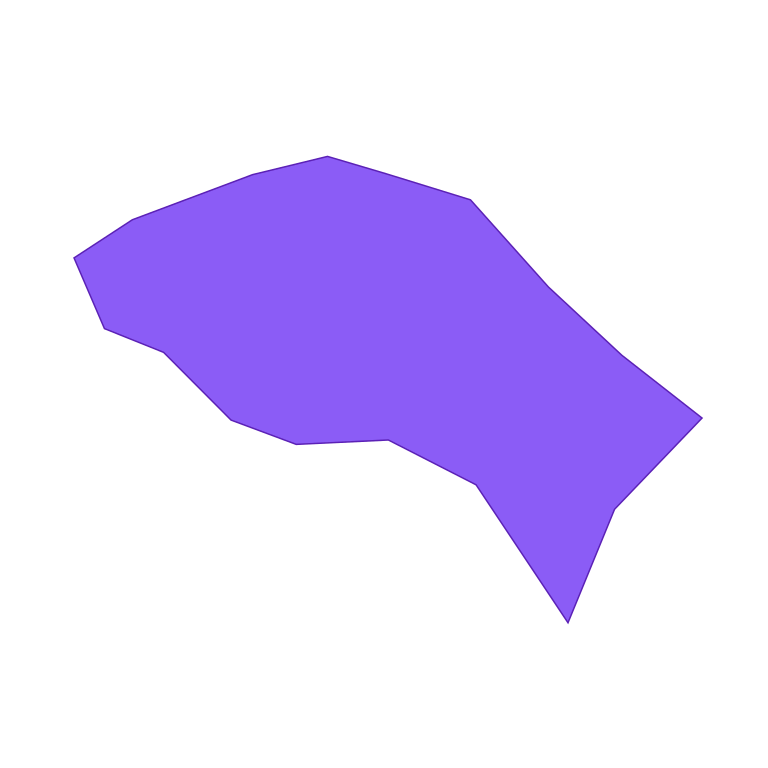 outline of Apliki, Nicosia, Cyprus, rotated 95°
{"feature_id": "46923920B32848229557402", "entity_name": "Apliki", "entity_type": "district", "adm_level": 2, "iso_a3": "CYP", "parent_name": "Cyprus", "parent_adm1": "Nicosia", "projection": "robinson", "projection_center": [33.116, 34.918], "detail": "fine", "context": "isolated", "style": "filled", "palette": "violet", "viewbox_px": 768, "rotation_deg": 95, "n_neighbors": 0, "source": "geoboundaries", "source_scale": "gbopen_adm2", "svg_char_len": 385}
<svg xmlns="http://www.w3.org/2000/svg" viewBox="0 0 768 768"><g transform="rotate(95 384 384)"><path d="M605.8,179.9L488.7,143.4L390.2,64.2L334.7,149.5L273.1,228.6L193.0,313.9L174.6,399.2L162.2,460.1L186.9,533.2L242.3,649.0L285.4,703.8L353.2,667.3L371.7,606.3L433.3,533.2L451.8,466.2L439.4,374.8L476.4,283.5L605.8,179.9Z" fill="#8b5cf6" stroke="#5b21b6" stroke-width="1.5"/></g></svg>